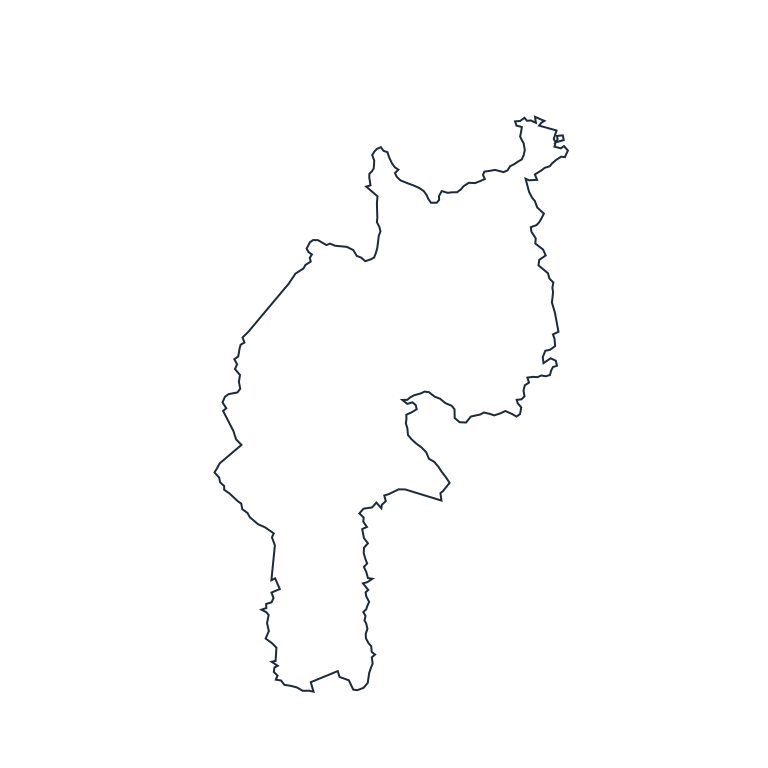 Carazinho, Rio Grande do Sul, Brazil, rotated 122°
{"feature_id": "56859067B4545609401254", "entity_name": "Carazinho", "entity_type": "district", "adm_level": 2, "iso_a3": "BRA", "parent_name": "Brazil", "parent_adm1": "Rio Grande do Sul", "projection": "albers", "projection_center": [-52.891, -28.277], "detail": "fine", "context": "isolated", "style": "outline", "palette": "slate", "viewbox_px": 768, "rotation_deg": 122, "n_neighbors": 0, "source": "geoboundaries", "source_scale": "gbopen_adm2", "svg_char_len": 4423}
<svg xmlns="http://www.w3.org/2000/svg" viewBox="0 0 768 768"><g transform="rotate(122 384 384)"><path d="M273.2,250.6L273.9,256.3L281.8,259.8L277.1,263.6L270.3,264.8L267.0,261.3L261.2,259.0L255.3,263.3L252.4,267.0L247.3,263.7L233.0,276.8L225.9,284.8L220.8,287.2L216.2,289.5L213.2,292.2L208.2,294.1L206.9,299.6L203.2,303.6L201.5,315.9L196.5,318.1L189.3,315.0L185.7,320.3L184.7,330.1L180.1,332.5L176.7,339.7L173.2,342.6L168.5,338.9L164.8,338.1L160.1,338.2L154.8,338.7L153.1,347.6L148.9,353.0L147.6,357.0L144.2,362.8L138.2,369.2L134.9,372.7L134.4,369.0L129.8,362.4L126.3,367.1L119.7,363.8L115.4,362.2L111.5,358.8L107.9,358.4L102.6,356.7L97.3,354.2L95.8,350.8L88.5,351.8L86.9,357.5L90.4,358.9L92.4,365.2L88.1,366.5L86.2,369.9L77.6,372.0L82.7,389.4L79.0,389.0L75.9,387.4L77.4,397.5L82.0,393.6L82.7,399.1L85.0,402.2L83.8,406.0L88.8,407.9L91.8,412.0L94.7,408.6L93.0,403.3L97.4,401.4L102.0,399.7L104.1,396.4L105.9,393.1L111.1,388.5L116.0,386.8L120.5,386.2L124.6,388.3L128.6,390.1L132.4,392.4L137.5,392.5L141.0,394.9L142.4,399.6L143.7,403.4L146.9,406.9L150.7,411.4L154.3,410.8L156.7,407.1L160.9,409.9L165.4,413.3L168.4,418.7L174.3,421.4L178.0,421.8L182.7,423.7L185.6,428.2L188.1,431.2L189.8,437.3L195.6,436.9L198.7,434.8L202.3,435.3L205.4,440.2L203.3,445.0L201.2,447.9L199.3,452.6L199.1,458.2L200.0,464.3L201.5,471.7L202.6,478.0L201.5,483.1L199.3,486.5L194.6,485.4L194.5,489.5L192.7,494.1L189.4,499.3L185.6,503.9L186.5,508.0L184.8,512.2L188.6,514.7L192.0,515.3L196.1,515.3L199.7,510.7L203.5,508.6L206.8,506.9L210.3,507.0L213.5,507.8L216.7,505.9L222.7,500.7L226.0,503.7L228.3,488.9L233.4,486.4L236.3,484.6L246.6,477.7L250.5,475.8L253.3,471.1L256.4,467.9L261.3,466.9L266.5,464.4L272.4,461.7L277.7,460.2L282.1,459.4L285.4,461.4L289.8,465.0L288.9,470.2L289.8,475.0L286.7,481.0L287.4,488.2L292.7,498.8L293.6,504.2L296.7,506.5L297.0,516.2L299.5,520.4L303.0,521.9L310.2,521.4L312.2,517.7L312.3,513.8L316.4,513.8L319.0,511.0L324.6,513.7L328.5,513.5L337.4,517.6L350.0,518.0L356.0,518.9L412.2,526.8L419.5,528.6L422.8,524.3L426.6,526.4L430.4,525.3L437.9,522.2L442.2,524.1L445.2,519.0L450.3,518.3L452.7,510.9L459.1,508.2L464.2,503.4L468.8,503.8L474.9,510.4L479.1,512.1L485.2,511.2L488.2,504.9L492.1,506.2L503.8,486.6L509.3,480.2L511.2,472.6L538.4,481.3L543.9,480.9L548.8,480.9L550.8,474.1L554.3,470.8L555.2,465.5L558.4,463.5L558.7,456.9L560.9,445.9L561.1,441.7L565.3,437.8L565.7,431.4L568.1,427.2L569.7,416.4L568.6,409.2L569.1,398.3L573.4,397.8L578.7,391.0L610.1,375.5L606.5,373.4L613.1,363.7L620.5,368.9L624.0,364.3L628.8,363.7L633.0,367.4L636.4,365.1L640.3,368.3L639.9,362.9L641.0,359.4L648.7,356.5L654.6,350.7L662.6,349.5L663.2,341.4L664.6,335.5L676.3,329.2L679.1,332.1L679.3,324.8L682.4,326.7L686.6,324.8L687.7,319.7L692.1,319.1L690.0,314.2L691.9,309.1L689.3,302.9L687.5,297.1L687.2,290.2L683.8,285.0L682.3,280.7L675.7,288.1L652.0,271.1L656.0,266.4L653.9,256.8L659.5,248.1L657.7,244.3L652.4,240.3L646.1,239.4L642.0,241.2L636.7,243.5L631.6,244.7L627.2,245.4L622.3,249.5L618.2,248.2L617.7,252.5L613.1,255.9L612.0,259.8L609.2,264.6L605.6,267.1L600.4,268.3L596.6,272.1L594.8,275.3L590.5,276.7L588.4,280.7L584.5,279.7L581.3,280.5L576.7,281.1L573.4,286.6L570.4,289.2L567.0,288.2L564.2,296.2L561.0,293.2L555.3,290.6L557.1,294.8L552.9,299.3L549.8,304.1L545.1,303.2L542.7,306.5L538.3,311.5L533.4,314.2L527.6,313.2L525.3,319.4L518.6,325.6L514.3,322.7L511.8,328.5L508.0,330.5L506.8,336.3L500.6,335.3L495.0,328.7L488.6,327.6L490.8,320.4L487.5,321.8L482.4,320.4L478.4,324.7L474.9,321.6L465.6,315.8L462.2,310.2L452.4,273.5L446.7,278.3L443.3,277.2L433.1,276.0L430.6,281.3L427.6,289.2L425.6,293.4L423.4,300.0L423.6,306.3L419.5,312.0L417.9,318.6L417.4,325.3L416.2,331.7L414.5,336.7L409.3,340.6L405.8,344.6L402.0,346.3L398.2,348.8L393.5,345.6L388.1,342.9L385.0,346.0L384.5,350.2L388.5,353.7L387.8,359.9L385.0,355.8L381.4,354.7L377.6,352.5L372.6,347.9L369.0,345.6L367.1,341.6L367.9,334.4L366.8,328.6L367.7,321.8L366.6,315.1L368.1,310.8L371.0,308.9L375.4,306.0L376.3,299.6L373.2,294.0L365.6,293.1L362.0,289.5L359.0,286.3L355.3,284.2L353.4,278.9L352.2,273.9L346.9,269.5L342.6,266.8L341.6,259.7L341.4,254.4L337.4,252.7L331.1,255.2L329.5,260.4L327.1,263.1L324.2,259.3L320.0,258.3L315.7,262.2L310.5,263.9L306.0,261.8L302.6,265.8L299.1,261.6L296.9,257.5L293.4,255.1L291.7,250.9L288.4,248.0L284.0,249.4L280.1,249.7L276.9,247.0L273.2,250.6ZM88.1,366.5L81.9,360.8L78.4,364.1L81.9,368.7L84.7,366.4L88.1,366.5Z" fill="none" stroke="#1e293b" stroke-width="2"/></g></svg>